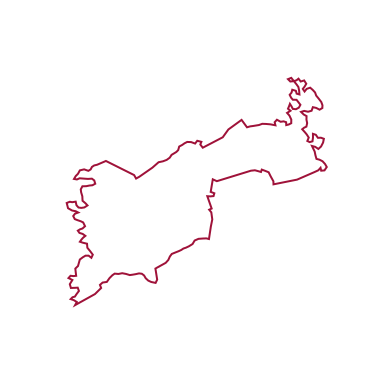 the district of São José do Cedro, Santa Catarina, Brazil, rotated 155°
{"feature_id": "56859067B92254336371282", "entity_name": "São José do Cedro", "entity_type": "district", "adm_level": 2, "iso_a3": "BRA", "parent_name": "Brazil", "parent_adm1": "Santa Catarina", "projection": "mercator", "projection_center": [-53.558, -26.479], "detail": "fine", "context": "isolated", "style": "outline", "palette": "rose", "viewbox_px": 384, "rotation_deg": 155, "n_neighbors": 0, "source": "geoboundaries", "source_scale": "gbopen_adm2", "svg_char_len": 3482}
<svg xmlns="http://www.w3.org/2000/svg" viewBox="0 0 384 384"><g transform="rotate(155 192 192)"><path d="M311.2,229.7L308.5,225.9L305.5,223.7L303.8,221.5L307.2,221.8L309.8,220.4L309.7,217.0L307.9,215.1L305.1,212.4L303.5,210.4L303.4,206.2L306.7,205.2L309.2,205.5L311.8,205.2L311.3,202.5L308.8,200.2L307.2,197.3L310.0,196.6L312.3,195.6L314.6,194.3L312.4,192.2L309.0,189.5L310.4,185.7L309.3,181.4L308.4,177.1L311.0,174.9L312.6,178.0L315.4,179.3L318.5,179.0L322.2,178.2L324.7,175.3L326.6,173.1L330.1,171.9L331.4,168.1L332.4,165.0L335.0,165.9L337.5,167.4L340.3,166.2L337.6,162.8L341.7,160.1L342.3,156.2L339.0,154.8L336.0,153.6L336.3,150.1L339.9,148.2L342.3,146.7L344.8,147.1L347.2,146.2L344.8,143.9L342.9,141.0L345.7,138.9L323.1,140.5L314.9,143.4L314.7,146.7L311.3,147.7L307.2,146.5L303.2,148.8L299.4,150.2L296.6,150.7L293.3,148.8L289.6,147.9L286.4,145.6L283.5,143.0L280.9,142.2L278.0,141.4L274.4,140.6L272.0,139.1L270.7,136.6L270.4,133.4L269.1,130.2L267.0,127.7L263.4,125.0L260.6,127.3L257.5,138.1L248.7,138.7L245.8,138.9L242.2,140.4L239.3,142.9L236.5,144.4L232.4,144.2L229.1,144.0L226.2,144.0L223.7,144.4L221.1,144.1L217.8,144.1L213.5,144.6L210.1,146.9L205.9,146.8L201.7,145.2L198.6,143.9L196.5,142.2L189.6,152.6L185.2,158.6L183.1,165.4L183.9,168.7L181.2,168.7L179.9,181.7L177.3,180.3L174.2,179.2L172.3,181.4L175.0,184.2L167.8,194.7L164.9,191.3L129.6,186.4L125.8,185.1L123.3,183.0L121.0,181.0L119.3,182.8L116.8,180.3L114.2,177.5L114.1,173.1L113.7,167.3L114.9,164.5L91.5,158.8L72.6,158.3L68.3,158.3L65.3,159.6L65.9,156.7L62.8,155.6L59.3,157.7L59.6,161.2L60.7,164.7L62.8,167.4L65.2,169.4L64.6,173.1L63.7,176.9L63.8,180.2L63.8,183.0L61.2,180.8L59.3,177.6L55.8,178.7L52.3,181.4L50.0,184.5L52.2,186.7L55.0,187.9L55.6,191.5L57.8,193.6L59.4,190.1L61.4,187.0L64.3,187.5L65.9,189.5L63.2,192.0L63.7,195.7L64.4,198.4L65.6,202.3L63.2,202.9L60.7,202.9L58.5,205.8L57.7,209.2L56.1,212.4L58.0,215.0L59.3,218.5L56.1,218.1L52.9,215.7L49.3,215.1L46.6,217.8L43.9,215.7L41.6,212.7L38.4,213.0L37.1,215.5L36.8,218.9L37.7,223.0L38.7,226.9L38.4,230.2L39.4,233.4L40.8,236.6L44.5,237.0L47.5,235.5L48.0,238.6L45.3,240.0L42.7,241.8L43.2,245.7L46.8,246.2L47.6,249.7L50.0,249.1L52.8,249.4L51.8,245.4L51.2,242.2L52.1,238.5L53.4,235.0L55.6,236.9L55.1,239.8L57.9,242.3L59.8,240.0L62.4,238.8L62.3,235.5L61.6,233.0L58.3,231.4L57.6,228.4L56.9,225.2L59.5,223.3L62.8,223.1L65.5,224.7L65.6,227.4L66.0,230.5L67.8,228.7L69.8,226.9L68.4,224.0L72.4,223.5L71.4,220.1L71.4,215.7L73.0,212.4L75.8,212.3L78.3,212.8L77.2,215.5L79.1,217.3L82.0,218.2L84.5,221.6L87.6,220.3L88.2,217.2L92.2,220.1L96.0,222.3L99.5,224.1L103.0,224.4L106.2,225.3L108.7,226.0L111.6,226.9L114.8,227.4L116.6,236.4L132.6,233.3L141.0,228.6L163.5,227.6L164.4,231.5L162.3,233.5L165.6,236.2L168.7,234.6L171.7,237.6L175.2,239.4L178.2,239.3L180.9,238.8L184.4,238.6L186.8,235.8L189.3,234.9L191.9,234.6L194.8,234.3L197.7,232.5L201.4,231.8L205.4,232.1L209.7,233.1L217.6,230.8L233.2,228.1L237.0,227.8L237.3,231.8L256.9,256.5L266.5,256.8L269.4,257.4L272.1,257.0L274.3,255.3L277.0,255.0L280.2,258.1L284.5,259.0L287.6,256.7L290.6,255.6L293.4,253.7L291.0,252.0L288.0,251.9L284.3,249.8L280.7,247.8L277.1,246.4L275.7,243.8L276.2,240.4L279.4,240.2L282.2,241.2L285.5,242.0L288.9,243.5L291.7,241.4L292.6,238.6L293.2,234.5L294.9,230.3L293.3,226.8L292.4,224.0L296.1,223.5L299.1,224.4L301.4,225.9L302.3,228.8L301.5,232.4L304.9,233.4L306.9,234.8L310.2,235.0L311.2,229.7ZM52.8,249.4L53.8,253.5L57.3,253.7L56.2,250.6L52.8,249.4Z" fill="none" stroke="#9f1239" stroke-width="2"/></g></svg>